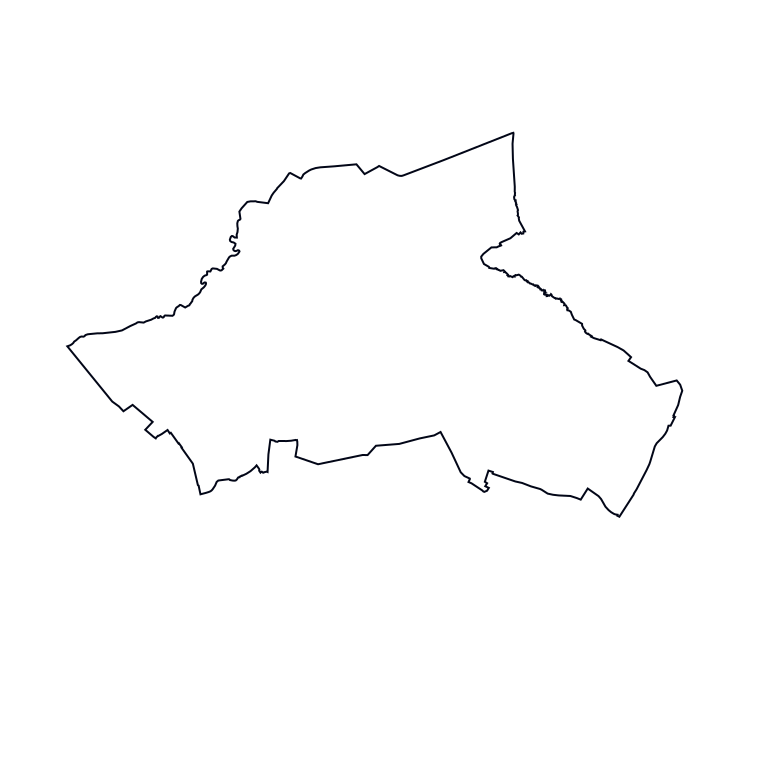 Kerkrade, Limburg, Netherlands, rotated 241°
{"feature_id": "6326949B5477842522812", "entity_name": "Kerkrade", "entity_type": "district", "adm_level": 2, "iso_a3": "NLD", "parent_name": "Netherlands", "parent_adm1": "Limburg", "projection": "orthographic", "projection_center": [6.055, 50.875], "detail": "fine", "context": "isolated", "style": "outline", "palette": "ink", "viewbox_px": 768, "rotation_deg": 241, "n_neighbors": 0, "source": "geoboundaries", "source_scale": "gbopen_adm2", "svg_char_len": 6166}
<svg xmlns="http://www.w3.org/2000/svg" viewBox="0 0 768 768"><g transform="rotate(241 384 384)"><path d="M241.0,419.5L240.7,422.4L242.3,425.3L245.5,423.0L247.2,426.1L249.6,424.8L257.6,433.4L254.2,436.6L253.1,435.5L252.7,435.7L235.1,451.6L230.5,456.8L223.2,462.9L216.5,469.6L215.1,470.6L208.8,474.0L205.2,478.1L201.9,482.7L195.7,492.7L190.8,497.3L187.5,500.0L193.8,511.5L181.9,517.3L178.1,518.1L169.3,518.2L164.8,519.3L161.8,520.5L159.0,522.1L157.8,523.1L156.4,524.9L155.7,524.2L153.8,525.5L166.3,548.8L167.0,549.4L169.4,553.8L181.3,571.8L185.2,577.2L187.1,579.3L198.1,590.6L200.0,593.8L202.4,602.0L204.1,605.9L206.1,609.1L209.6,612.6L208.6,614.5L214.0,622.4L214.8,621.2L215.6,622.2L216.1,621.9L223.0,631.1L229.1,636.7L233.5,641.6L239.8,642.7L245.2,641.7L250.4,621.3L261.3,620.2L266.4,620.2L269.9,618.5L272.9,616.0L285.7,609.0L287.7,613.1L297.2,609.8L303.2,606.1L317.7,595.5L317.2,594.8L322.3,589.9L324.6,588.3L324.6,588.9L324.9,589.0L328.1,587.2L328.9,587.1L329.2,586.7L329.2,586.2L331.1,585.3L332.4,585.2L332.8,585.9L333.3,586.1L335.4,585.5L339.0,585.6L340.6,586.4L347.0,582.6L348.2,581.6L353.6,581.9L356.6,582.4L358.7,581.3L359.6,580.1L360.6,580.4L361.0,581.3L361.3,581.5L362.0,581.2L364.5,581.2L365.2,580.7L365.6,579.8L366.7,580.8L368.7,580.3L369.2,580.1L369.2,579.6L369.7,579.1L370.7,579.7L370.9,579.2L371.4,579.2L372.3,579.9L373.0,579.1L373.5,579.2L373.8,577.8L375.1,576.6L375.2,575.7L376.1,575.5L376.3,575.0L379.3,573.5L381.0,573.8L381.6,573.6L381.3,573.2L381.3,572.5L381.0,571.6L382.0,570.7L381.6,569.8L382.0,568.9L383.1,569.5L384.4,567.7L384.9,567.5L386.0,568.2L385.7,569.3L386.2,569.0L386.5,569.8L387.9,570.2L388.3,569.7L388.3,568.7L389.1,568.7L389.0,568.0L389.5,567.2L390.8,567.3L391.1,566.6L392.0,566.9L394.2,565.3L394.4,565.5L394.1,566.3L394.2,566.5L395.5,566.2L396.7,564.6L396.3,564.1L396.4,563.8L397.0,563.8L397.5,563.1L398.6,562.9L398.6,562.5L400.4,561.3L401.1,560.4L401.9,560.3L403.3,559.5L403.2,559.2L403.5,559.1L404.2,559.6L404.8,559.2L404.7,558.7L405.9,558.6L406.1,557.8L406.9,557.3L410.9,556.6L411.3,556.0L412.5,555.9L414.3,554.9L414.9,552.5L415.5,551.9L415.4,551.0L414.6,550.4L415.5,549.5L415.1,548.3L417.3,546.6L417.2,545.9L417.9,544.9L418.8,545.3L418.9,544.9L419.2,544.7L419.6,545.4L421.9,544.8L422.5,544.4L423.2,544.4L423.6,543.5L424.1,544.1L425.6,543.7L426.6,540.6L427.5,540.2L428.2,539.4L429.6,538.9L429.5,538.4L430.3,537.9L431.0,538.1L431.4,537.4L431.3,536.6L431.8,535.7L434.5,532.3L435.1,532.6L435.7,532.5L440.5,529.6L446.8,530.0L448.3,530.8L449.6,534.0L451.4,544.2L448.9,548.8L448.8,551.4L448.6,551.8L448.4,553.6L449.5,553.6L449.9,553.1L450.7,553.3L451.1,554.1L451.1,555.6L450.2,565.2L451.8,573.2L449.5,574.4L450.4,576.9L448.7,577.2L448.1,578.8L449.6,579.8L449.1,581.3L461.3,581.4L463.8,582.3L464.3,582.8L466.6,582.5L466.9,583.1L468.2,583.8L470.4,584.6L471.1,585.5L474.6,586.2L476.1,586.2L476.6,586.4L476.8,586.9L477.6,586.7L478.1,587.3L480.0,587.4L480.0,587.8L480.9,588.2L481.2,587.7L482.4,587.6L484.2,588.3L485.0,588.9L485.5,590.1L486.5,590.4L487.6,591.3L488.7,591.5L493.1,594.0L518.4,605.9L531.8,612.9L540.3,618.7L541.0,618.9L541.4,617.3L550.9,544.7L557.0,502.3L557.4,500.4L558.5,498.6L559.9,497.1L577.1,485.4L576.9,483.4L577.0,468.8L589.5,466.4L598.6,445.8L604.4,433.3L606.0,428.9L606.9,424.3L607.0,422.0L606.7,417.3L606.3,415.0L605.0,413.2L603.9,411.1L604.5,410.4L614.0,404.3L614.2,403.1L610.0,394.9L607.0,385.4L606.6,385.0L604.8,380.2L603.3,377.2L598.3,370.3L604.8,361.4L606.0,360.4L608.5,355.7L609.5,352.7L606.7,344.6L604.9,341.1L598.0,338.5L597.6,337.7L597.7,336.1L597.4,335.2L595.7,333.6L593.1,332.3L590.8,331.5L587.9,329.5L586.0,327.5L583.4,326.3L584.5,324.4L586.7,323.4L587.2,322.7L586.9,321.3L584.9,319.1L583.7,318.8L582.9,319.1L582.0,319.6L580.7,321.1L578.7,322.1L577.2,321.0L575.3,317.6L574.1,317.3L573.0,317.7L572.3,318.4L571.9,319.6L571.9,320.9L571.6,321.4L570.8,322.0L569.9,321.8L568.7,319.4L568.4,317.4L568.7,315.5L570.1,313.0L570.2,311.3L569.9,309.9L567.4,305.7L566.3,304.3L565.7,302.8L565.1,299.9L563.8,299.3L562.8,299.4L562.2,297.1L562.4,296.2L562.9,295.5L565.7,293.7L568.1,290.3L568.2,289.1L566.6,286.7L568.0,284.5L568.1,283.8L565.4,282.3L565.3,281.6L565.7,279.7L565.4,277.8L564.3,275.6L562.2,273.6L560.8,273.0L559.8,273.4L559.5,274.3L559.8,275.7L559.7,276.6L559.0,277.3L557.9,276.9L556.8,275.5L555.9,273.3L555.3,270.1L553.5,267.8L552.8,266.3L552.4,264.6L552.3,261.3L551.8,259.4L550.6,257.4L549.3,256.3L548.8,254.9L548.2,253.9L548.0,253.0L547.2,251.9L547.4,250.6L547.3,247.2L551.5,244.6L552.1,243.8L551.7,242.3L551.5,239.8L551.2,238.9L548.9,235.9L546.8,234.2L546.4,233.5L546.2,232.1L550.1,225.7L550.0,224.9L549.4,224.0L549.2,223.2L549.5,222.5L551.7,221.4L551.7,220.9L551.0,219.2L551.4,218.4L552.9,218.6L553.4,218.0L553.3,217.1L552.8,215.9L553.1,214.1L553.1,211.6L554.2,206.0L554.2,203.6L556.9,199.7L557.4,198.2L557.2,196.5L557.7,190.2L557.9,180.8L559.8,174.4L564.8,162.5L567.4,157.6L570.4,150.7L571.1,149.0L571.5,146.8L571.3,145.7L571.0,145.3L571.1,144.1L572.2,142.4L572.5,141.0L572.3,139.4L571.5,135.9L571.3,133.6L570.5,132.1L570.1,130.3L570.0,128.2L570.5,125.3L500.4,137.8L492.9,141.3L486.5,142.9L487.6,154.0L463.0,163.3L459.7,153.0L449.5,156.8L447.1,158.0L447.6,158.8L448.2,160.9L448.0,161.0L448.0,165.5L448.7,172.4L444.6,172.7L444.7,173.9L431.5,175.4L431.6,175.9L426.6,176.5L426.5,176.0L407.0,178.2L385.8,172.2L385.0,172.6L376.5,170.0L375.1,175.5L374.5,178.4L374.3,180.2L374.5,181.7L375.0,183.1L377.0,187.0L379.5,190.2L379.9,192.3L376.1,201.8L375.6,202.5L374.7,202.7L373.0,204.7L372.0,206.2L371.5,207.5L371.8,209.0L372.9,211.0L372.5,212.4L372.9,212.6L372.8,215.3L372.5,215.3L372.2,220.1L372.5,225.0L373.7,230.6L374.6,233.1L370.5,233.6L369.6,233.5L368.7,232.8L366.4,233.0L366.7,234.1L366.6,234.6L365.1,235.2L364.8,235.8L365.0,236.3L364.4,238.2L364.3,238.9L363.5,239.5L378.5,248.8L390.4,257.6L387.4,260.8L386.4,261.1L385.1,262.8L385.2,264.3L381.3,271.2L379.4,275.3L377.9,279.6L377.5,279.8L377.2,280.7L375.6,280.2L372.5,278.6L363.5,271.4L345.8,287.4L332.3,330.8L329.8,335.2L333.9,347.0L324.2,368.3L319.1,388.8L314.7,403.0L314.6,410.2L291.1,409.8L269.6,408.3L264.5,409.7L259.7,413.2L259.3,413.1L257.3,410.4L254.7,412.4L243.4,418.3L241.8,418.8L241.0,419.5Z" fill="none" stroke="#020617" stroke-width="2"/></g></svg>